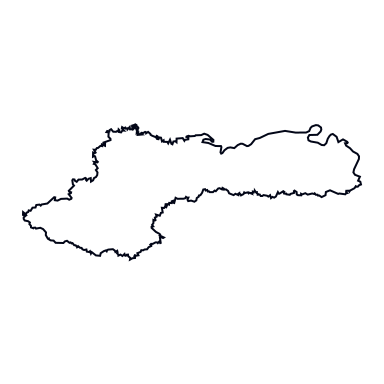 the district of Santa María, Herrera, Panama
{"feature_id": "35544464B33325407624230", "entity_name": "Santa María", "entity_type": "district", "adm_level": 2, "iso_a3": "PAN", "parent_name": "Panama", "parent_adm1": "Herrera", "projection": "orthographic", "projection_center": [-80.702, 8.094], "detail": "fine", "context": "isolated", "style": "outline", "palette": "ink", "viewbox_px": 384, "rotation_deg": 0, "n_neighbors": 0, "source": "geoboundaries", "source_scale": "gbopen_adm2", "svg_char_len": 6012}
<svg xmlns="http://www.w3.org/2000/svg" viewBox="0 0 384 384"><path d="M195.6,135.3L194.8,136.0L190.3,136.3L188.5,135.8L186.6,136.5L186.4,136.9L188.4,137.7L188.3,139.3L185.0,139.8L184.4,140.8L182.7,138.1L176.6,138.6L176.5,142.2L175.3,141.2L173.4,141.5L172.4,144.3L171.4,143.8L170.0,139.7L168.2,143.4L167.3,141.9L163.8,141.8L163.6,140.3L162.0,141.4L161.0,137.7L159.3,137.4L158.5,139.2L157.1,139.0L156.7,138.5L157.8,136.9L157.4,136.2L156.7,135.9L156.1,137.3L152.1,135.7L150.6,134.8L150.4,133.9L148.1,131.9L146.1,133.3L145.9,132.2L145.1,131.9L143.3,133.0L141.5,132.8L140.8,133.5L142.2,134.5L137.8,134.9L138.5,133.1L137.8,132.4L136.7,133.2L136.8,132.0L137.9,131.2L136.8,130.5L135.9,128.2L137.7,129.5L138.4,128.0L137.3,126.4L135.5,126.2L136.2,124.9L135.3,124.4L134.0,126.3L133.3,126.2L133.7,125.1L132.1,125.6L132.1,126.8L133.2,127.6L134.3,126.7L135.3,127.1L133.0,129.4L132.4,128.1L131.8,129.3L130.0,129.3L129.7,127.0L127.5,129.4L127.3,128.3L125.6,128.6L125.3,127.6L123.8,128.2L122.1,127.1L121.8,128.3L124.0,130.6L122.4,130.5L121.1,132.4L119.0,132.0L119.4,130.2L118.6,129.4L118.3,131.4L117.1,131.1L116.1,131.8L113.2,131.7L111.1,129.2L109.6,130.1L109.4,131.4L107.2,131.0L106.5,132.1L108.7,132.4L108.4,136.7L110.5,138.9L110.5,140.1L103.4,142.6L103.4,143.3L105.1,142.8L105.0,145.8L102.0,144.5L102.1,146.1L100.5,145.8L98.1,147.9L96.8,148.1L95.7,149.8L93.9,149.7L95.6,152.6L94.5,153.3L93.1,152.6L93.0,156.7L94.3,156.0L95.1,156.4L96.1,160.3L97.8,161.9L97.4,162.4L94.0,161.9L94.7,162.8L93.9,163.9L95.4,164.4L97.7,168.2L95.9,170.0L97.5,172.4L97.2,175.1L96.0,177.0L94.1,178.0L93.1,180.3L91.0,181.6L90.7,178.1L88.5,178.8L86.7,180.7L86.1,180.1L86.0,178.4L85.2,177.9L82.2,179.5L78.5,179.6L76.7,181.8L74.9,180.7L74.5,179.5L73.0,179.3L72.3,180.3L72.9,184.3L74.0,185.6L68.8,190.8L69.2,191.7L71.1,192.3L70.9,193.1L68.7,194.2L71.6,197.9L71.3,198.8L69.2,199.7L67.2,198.6L61.0,198.9L57.6,200.6L54.8,200.2L55.2,197.4L54.2,197.2L47.4,203.5L41.6,204.5L40.7,205.6L39.5,204.6L36.3,205.0L35.5,207.5L32.5,207.7L30.6,210.8L28.7,210.4L28.2,212.0L26.7,212.6L25.9,214.4L23.1,212.1L23.0,214.9L25.8,215.6L23.7,217.4L23.7,218.9L24.7,220.5L28.1,221.2L29.9,222.5L29.4,224.1L30.9,225.7L31.0,227.4L33.4,228.3L33.9,227.7L35.4,227.7L36.0,228.6L40.3,227.8L43.1,229.1L46.0,232.4L45.8,235.1L47.8,238.6L48.8,238.5L48.7,239.2L50.7,240.4L53.6,240.6L55.6,242.8L63.4,243.0L64.9,241.4L67.0,240.8L69.5,242.8L70.6,242.4L71.5,243.4L72.5,243.1L74.2,245.2L75.7,245.3L76.7,246.6L77.5,246.3L77.4,247.2L78.7,246.7L80.1,247.8L81.6,247.9L82.4,249.3L84.1,250.0L86.4,249.5L86.8,251.6L89.0,252.0L90.0,251.2L90.9,253.6L91.7,252.1L95.9,255.4L100.1,255.8L100.7,253.2L103.9,251.1L105.9,250.4L106.7,251.3L107.2,250.1L108.2,249.6L112.9,249.2L114.8,250.6L115.4,252.0L117.2,250.8L117.6,252.3L117.1,253.4L118.3,254.5L118.4,255.6L120.5,254.6L122.4,256.0L124.5,254.0L124.9,255.5L125.8,255.8L126.8,254.7L128.0,254.6L128.2,256.2L130.3,257.9L130.0,259.6L132.6,258.2L135.0,258.0L135.1,257.2L134.3,256.3L134.9,255.2L136.4,255.7L138.4,255.3L137.4,253.2L140.6,251.9L141.3,250.2L143.2,250.3L144.5,249.5L147.1,249.3L148.6,247.2L151.3,246.0L151.3,245.2L150.4,244.6L151.1,243.9L152.7,243.9L155.5,242.4L157.1,242.4L157.8,243.1L159.1,241.7L160.2,243.1L160.7,242.9L159.9,237.4L160.6,237.1L163.1,238.0L163.9,237.5L159.7,235.5L160.2,234.8L159.6,233.9L155.9,231.9L151.6,227.9L151.6,226.8L153.2,226.4L152.1,224.9L153.4,223.2L153.4,219.9L154.9,220.5L155.5,220.1L154.9,217.6L156.7,216.6L156.0,214.6L159.8,215.7L160.9,212.9L162.7,212.5L161.9,207.8L164.1,208.0L164.9,206.8L166.2,207.3L167.0,205.4L165.5,204.9L165.6,204.2L168.0,204.1L169.0,204.6L169.2,202.9L171.6,203.1L171.7,201.3L173.1,200.8L173.3,202.7L174.2,203.0L175.6,197.8L177.5,198.8L183.7,198.7L185.3,198.2L186.0,196.9L186.9,197.6L188.4,197.6L187.5,199.7L188.2,201.1L191.1,200.6L194.4,201.7L196.3,200.4L196.8,198.0L198.7,196.7L198.9,195.5L200.4,195.2L202.1,192.8L203.3,189.5L205.1,189.2L205.7,190.5L207.2,190.0L207.9,191.5L208.9,191.3L209.7,192.1L213.0,192.1L214.6,190.6L215.8,191.2L218.2,188.5L219.5,188.2L222.0,189.4L222.5,187.9L223.9,188.7L224.0,189.6L226.0,189.4L228.1,191.0L229.1,193.3L233.6,195.1L235.4,193.8L238.1,195.0L238.0,194.0L239.3,193.1L239.4,194.3L240.4,194.2L241.0,195.4L243.5,194.1L244.2,192.4L245.0,193.0L247.7,192.4L248.5,193.2L248.8,192.5L251.8,193.7L251.4,192.9L253.3,192.7L253.0,191.5L254.9,191.7L254.9,190.8L255.8,192.1L256.9,192.1L256.8,193.3L257.9,193.9L257.8,194.7L259.7,194.5L260.7,196.0L262.3,196.0L263.5,195.1L267.0,195.7L268.3,196.6L270.1,195.2L271.0,198.1L272.4,196.9L274.2,197.6L275.9,196.5L277.9,192.1L278.8,193.7L279.4,193.7L283.3,191.2L284.1,191.8L283.5,192.3L284.1,193.6L286.2,193.6L286.4,194.3L289.8,194.8L290.5,193.9L294.1,192.9L293.9,191.1L294.5,190.6L296.6,192.0L296.8,194.5L298.0,195.2L301.1,195.3L301.1,193.8L302.2,194.4L305.3,193.2L307.7,194.6L312.2,193.5L314.2,194.0L314.7,193.4L315.9,194.8L317.5,194.7L318.0,195.6L319.2,195.5L321.6,197.1L325.5,195.2L325.9,192.0L330.0,190.3L338.2,193.9L339.3,193.5L345.3,194.3L346.1,193.3L347.1,193.1L346.1,192.0L346.3,190.8L349.0,190.7L349.4,191.6L350.2,190.5L354.5,188.2L355.8,186.2L356.7,186.8L357.9,186.6L359.1,185.2L361.0,184.5L360.3,181.7L358.1,180.7L359.9,176.7L355.0,174.8L353.4,172.4L354.1,169.2L358.9,159.0L359.0,156.3L357.4,153.9L353.0,151.5L350.0,148.2L346.1,145.6L345.1,143.3L347.3,143.2L347.7,142.6L347.2,141.8L343.0,139.4L338.4,142.1L336.6,136.8L332.8,134.0L330.9,134.6L329.5,136.0L327.8,138.7L326.3,143.2L324.2,145.2L321.7,145.0L317.8,142.7L310.9,141.5L308.5,140.3L307.9,137.5L309.4,135.0L317.4,134.8L320.6,131.5L321.3,129.6L321.0,127.5L318.2,125.4L315.9,125.1L312.1,126.4L310.6,127.8L309.2,131.1L306.2,132.5L295.6,132.6L285.0,130.9L268.3,133.9L259.7,138.0L255.1,139.2L251.1,144.2L248.5,145.9L247.0,146.1L242.6,143.8L240.7,143.7L237.7,145.1L234.3,148.1L230.3,147.4L227.6,147.9L224.5,150.2L222.4,153.1L221.2,153.6L220.5,152.3L221.4,147.1L221.0,146.1L215.5,146.0L208.4,143.0L202.5,142.1L203.4,139.7L205.6,139.0L210.0,139.5L212.2,141.8L213.3,141.7L213.4,139.9L207.6,134.9L204.2,133.7L201.2,135.1L195.6,135.3Z" fill="none" stroke="#020617" stroke-width="2"/></svg>